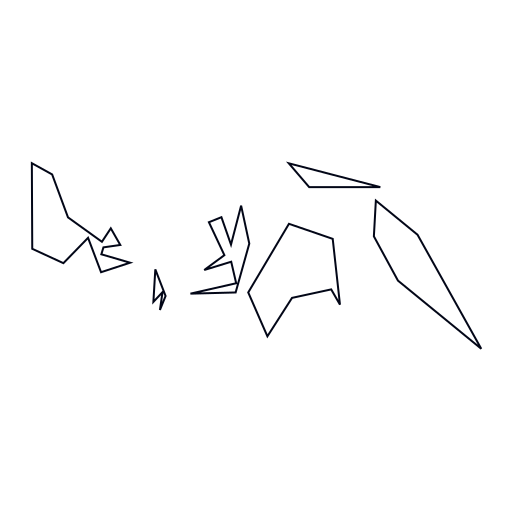 SVG path tracing the border of Indonesia, rotated 179°
{"feature_id": "IDN", "entity_name": "Indonesia", "entity_type": "country or territory", "adm_level": 0, "iso_a3": "IDN", "parent_name": "Asia", "parent_adm1": "", "projection": "equal_earth", "projection_center": [119.503, -2.501], "detail": "coarse", "context": "isolated", "style": "outline", "palette": "ink", "viewbox_px": 512, "rotation_deg": 179, "n_neighbors": 0, "source": "natural_earth", "source_scale": "50m", "svg_char_len": 768}
<svg xmlns="http://www.w3.org/2000/svg" viewBox="0 0 512 512"><g transform="rotate(179 256 256)"><path d="M172.9,205.9L181.4,221.3L220.7,213.5L246.0,175.5L264.4,219.7L222.5,287.6L179.0,271.8L172.9,205.9ZM32.4,159.3L114.5,228.9L137.8,273.6L135.2,309.3L94.1,274.4L32.4,159.3ZM479.6,267.1L478.5,352.7L458.4,341.1L443.3,297.9L409.8,272.9L400.7,286.2L391.5,269.4L408.4,267.3L410.6,260.4L382.0,251.5L411.2,242.5L423.6,277.1L448.7,252.2L479.6,267.1ZM322.2,219.5L276.3,229.1L280.9,250.7L308.0,242.9L287.6,257.4L302.5,290.6L289.9,295.4L280.8,267.8L270.0,306.6L262.5,268.5L277.0,219.9L322.2,219.5ZM130.5,322.7L201.6,323.9L221.6,348.1L130.5,322.7ZM350.1,221.5L359.4,211.9L356.9,244.4L347.1,217.6L353.0,203.7L350.1,221.5Z" fill="none" stroke="#020617" stroke-width="2"/></g></svg>